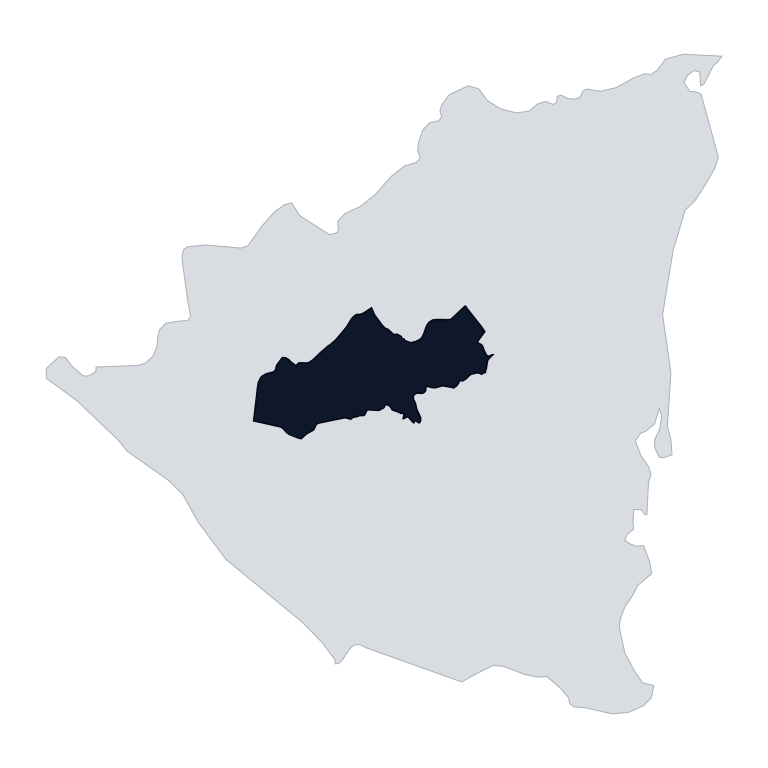 Matagalpa highlighted on a map of Nicaragua
{"feature_id": "NIC-666", "entity_name": "Matagalpa", "entity_type": "Department", "adm_level": 1, "iso_a3": "NIC", "parent_name": "Nicaragua", "parent_adm1": "", "projection": "albers", "projection_center": [-85.323, 12.952], "detail": "fine", "context": "in_parent", "style": "filled", "palette": "ink", "viewbox_px": 768, "rotation_deg": 0, "n_neighbors": 0, "source": "natural_earth", "source_scale": "10m", "svg_char_len": 5240}
<svg xmlns="http://www.w3.org/2000/svg" viewBox="0 0 768 768"><path d="M721.9,56.2L717.8,61.9L713.3,65.7L703.9,84.2L700.6,85.8L699.9,72.2L694.2,70.5L687.5,75.4L683.9,82.4L689.8,91.5L694.9,91.6L701.1,94.0L718.3,157.0L714.8,168.2L704.6,185.8L694.8,200.8L685.1,210.2L673.2,250.1L662.6,314.7L670.9,372.7L667.3,426.4L670.9,439.0L672.0,454.8L663.9,457.7L659.3,457.3L654.5,447.6L654.9,439.1L659.8,429.1L661.7,415.5L659.3,408.4L654.6,423.9L646.2,430.9L640.6,433.3L635.3,441.2L641.1,455.8L648.5,466.5L651.0,474.2L648.4,483.4L646.9,514.8L644.3,513.9L641.5,509.7L633.8,509.5L632.9,522.1L633.6,529.2L627.0,534.6L624.6,540.1L630.1,543.9L636.1,546.2L643.4,545.6L649.6,561.1L651.6,573.7L637.6,585.5L632.9,595.1L624.9,606.9L620.5,618.4L619.2,626.7L624.8,652.8L634.6,671.3L642.9,683.0L653.8,685.5L651.3,697.9L643.2,705.8L628.3,712.5L611.9,713.8L585.1,707.7L574.1,707.0L569.8,703.8L568.5,697.7L560.8,688.5L546.7,676.4L538.6,677.2L525.3,674.6L503.3,666.4L493.2,665.4L478.6,672.6L461.7,681.9L420.8,667.4L392.1,657.1L366.3,647.9L359.4,644.3L353.8,645.1L348.9,649.9L343.3,658.5L341.5,660.9L338.5,663.3L335.1,663.9L335.0,659.9L322.4,642.8L302.4,622.3L225.8,559.3L197.8,521.6L182.9,494.5L168.6,480.4L127.4,451.4L118.0,439.9L77.4,401.1L46.4,378.3L46.1,368.7L59.0,356.8L65.3,357.5L72.0,366.1L83.0,375.9L88.2,376.0L95.9,371.6L96.1,367.0L138.0,365.5L145.5,363.0L153.1,356.0L157.0,346.1L157.8,336.6L159.4,329.8L166.1,323.2L178.4,321.2L187.8,320.6L190.6,316.1L187.9,301.6L183.0,266.4L182.0,256.6L183.8,249.3L187.6,246.7L206.1,245.0L241.0,248.1L247.8,245.9L261.9,226.0L275.0,211.4L284.3,204.8L291.6,202.9L300.0,215.9L329.5,234.7L334.5,233.5L337.4,232.5L338.4,229.8L337.8,221.2L345.2,213.4L360.5,206.4L375.9,194.0L391.4,176.2L404.8,165.8L416.1,162.6L420.4,157.8L417.7,151.2L418.6,141.9L423.1,129.7L429.7,122.7L438.4,120.8L441.8,117.0L440.0,111.3L441.6,105.0L449.4,94.7L468.0,85.8L478.7,88.8L487.5,100.6L500.1,108.6L516.3,112.9L528.8,111.2L537.7,103.8L545.8,101.5L552.9,104.4L556.7,102.7L557.1,96.5L560.8,95.1L567.8,98.4L574.0,99.2L579.4,97.6L581.5,94.5L582.6,91.4L586.6,89.0L600.6,91.3L616.2,87.6L633.6,78.0L645.1,73.7L650.8,74.7L657.6,69.9L665.4,59.1L683.5,54.2L721.9,56.2Z" fill="#d9dde1" stroke="#a8b0b8" stroke-width="1"/><path d="M403.1,418.6L403.9,414.7L404.1,414.3L403.0,413.5L400.6,413.3L397.8,411.8L392.8,410.1L391.8,409.5L391.2,408.0L390.0,406.5L388.5,405.3L387.1,404.8L386.2,404.6L385.1,405.5L384.9,405.8L384.6,406.4L384.3,407.1L383.8,407.7L383.5,408.0L382.9,408.4L382.2,408.7L381.0,409.1L380.6,409.3L380.4,409.6L380.2,409.9L379.4,410.2L377.8,410.4L368.2,409.8L367.7,409.9L367.3,410.1L367.0,410.4L366.8,410.7L364.8,414.6L364.4,415.2L363.8,415.5L362.9,415.6L360.0,415.6L359.3,415.7L357.9,416.4L354.9,417.0L353.1,417.4L351.2,418.9L350.6,419.2L350.2,419.2L349.3,418.7L346.9,418.2L345.0,417.7L318.8,423.1L316.3,424.4L313.7,429.9L306.5,433.9L305.7,434.6L301.2,438.7L298.7,438.2L289.4,434.5L288.0,433.5L286.3,432.2L284.1,429.6L281.8,427.5L279.1,426.6L253.6,420.9L255.2,407.3L257.0,392.0L257.4,388.1L258.3,382.6L260.7,377.6L261.2,377.0L262.4,375.9L265.8,374.0L267.5,373.4L271.4,372.5L273.3,371.9L274.5,371.0L275.2,370.2L275.6,369.3L276.6,365.3L282.3,357.6L283.0,357.6L285.1,357.6L286.4,358.2L288.6,359.5L290.9,361.9L296.1,365.8L298.1,363.4L298.8,363.0L300.6,362.8L306.1,363.0L308.0,362.7L309.5,362.2L312.8,359.9L321.3,351.8L328.3,345.8L329.9,344.9L335.6,340.0L346.5,327.1L349.2,322.6L351.4,319.0L353.5,316.6L356.6,314.4L360.2,314.4L363.1,313.3L371.5,307.8L374.6,314.9L382.2,325.2L385.2,328.2L387.3,329.0L388.0,329.4L388.8,330.0L393.1,334.0L393.4,334.3L393.8,334.4L394.3,334.5L394.7,334.5L395.6,334.4L396.5,334.2L397.0,334.2L397.6,334.3L398.7,335.1L400.8,336.2L401.3,336.5L401.6,337.0L401.8,338.4L402.1,338.7L403.9,338.9L405.0,340.5L409.6,342.4L411.2,342.6L415.1,341.7L419.4,339.7L420.9,338.5L422.2,337.0L424.0,333.1L425.8,327.8L427.0,325.0L429.0,322.2L432.8,319.9L437.8,319.5L447.7,319.7L450.1,319.5L451.4,318.9L465.0,306.1L465.6,306.3L466.2,306.8L467.0,308.4L482.1,327.5L484.8,331.7L478.4,340.4L477.9,341.2L477.4,342.2L477.7,342.4L478.1,342.6L479.2,343.6L479.5,343.8L479.9,343.9L480.3,344.1L480.7,344.2L481.0,344.4L481.6,344.9L482.8,346.4L482.9,346.8L483.9,349.8L486.1,354.3L486.5,354.9L487.0,355.5L487.3,355.7L487.6,355.9L488.0,356.0L488.5,356.1L489.0,356.1L489.5,356.0L489.9,355.9L491.6,354.9L491.9,354.7L492.3,354.7L492.7,354.6L493.1,354.7L493.0,354.8L492.5,355.2L491.5,356.0L491.4,356.0L488.2,359.6L487.6,360.9L486.7,366.0L486.5,368.2L486.3,368.8L485.7,370.3L485.4,372.6L485.0,372.7L484.3,372.6L483.5,372.9L481.9,374.2L481.1,374.1L480.2,373.4L478.3,373.0L476.2,373.0L473.4,373.8L471.6,374.0L469.4,375.5L466.3,378.6L462.8,380.9L459.8,380.4L458.7,382.9L457.2,385.2L456.3,386.1L454.4,387.3L453.9,388.0L451.9,387.4L443.0,385.9L441.5,386.0L437.3,387.3L435.2,387.7L433.4,387.7L431.8,387.6L429.1,386.8L427.8,386.5L426.3,386.7L425.8,387.5L425.8,389.9L425.3,391.4L423.6,392.9L422.1,393.4L420.3,393.4L418.7,393.1L416.5,393.3L415.1,394.0L414.1,395.0L413.5,396.2L413.3,397.7L413.5,399.2L414.9,402.1L415.6,403.9L416.7,409.1L420.6,417.5L420.7,419.1L420.6,420.6L420.2,421.9L419.6,422.8L418.6,422.8L417.8,422.2L416.4,421.2L415.1,420.7L414.5,421.2L414.0,422.8L413.1,422.5L408.4,417.2L406.7,417.0L404.1,418.6L403.1,418.6Z" fill="#0f172a" stroke="#020617" stroke-width="1.5"/></svg>